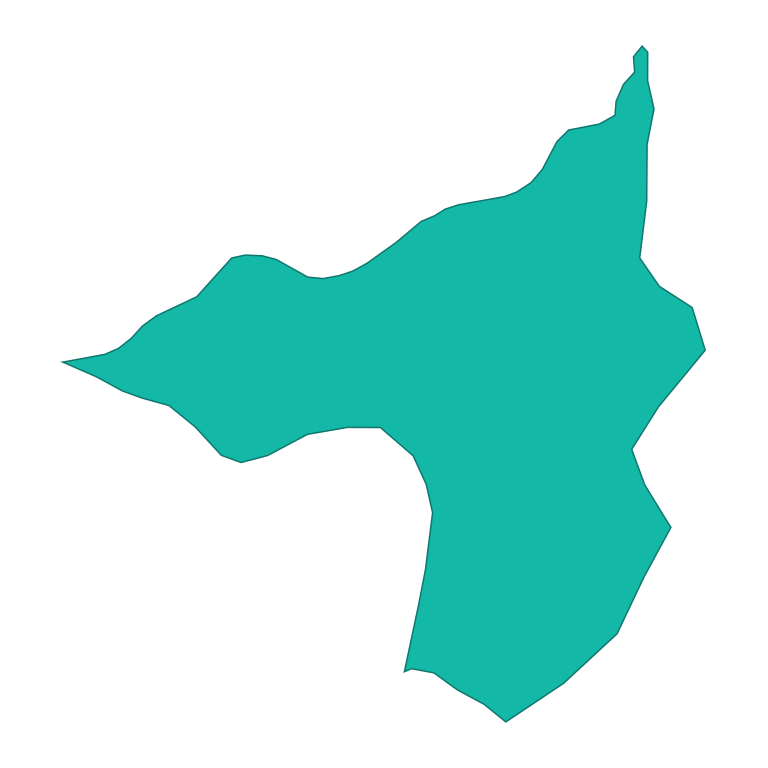 the district of Anju City, P'yŏngan-namdo, North Korea
{"feature_id": "82179303B77985943192226", "entity_name": "Anju City", "entity_type": "district", "adm_level": 2, "iso_a3": "PRK", "parent_name": "North Korea", "parent_adm1": "P'yŏngan-namdo", "projection": "albers", "projection_center": [125.736, 39.589], "detail": "fine", "context": "isolated", "style": "filled", "palette": "teal", "viewbox_px": 768, "rotation_deg": 0, "n_neighbors": 0, "source": "geoboundaries", "source_scale": "gbopen_adm2", "svg_char_len": 1023}
<svg xmlns="http://www.w3.org/2000/svg" viewBox="0 0 768 768"><path d="M642.1,46.1L633.5,56.7L634.6,72.1L623.4,84.5L616.1,101.4L615.0,115.3L599.2,124.1L568.7,130.0L556.9,141.7L542.3,169.5L531.0,182.7L516.4,192.2L504.5,196.6L474.7,201.9L458.9,204.7L445.3,209.1L434.7,215.7L421.1,221.5L395.8,242.7L367.1,263.2L352.3,271.3L338.8,275.7L323.0,278.6L307.8,277.1L276.2,259.5L262.2,255.8L245.2,255.1L231.7,258.0L196.7,296.8L156.6,315.7L142.5,326.0L131.2,338.4L118.2,348.6L104.7,354.4L62.8,362.1L96.4,376.8L122.7,391.1L142.5,398.2L168.9,405.5L195.1,426.8L221.3,455.3L241.1,462.5L267.6,455.5L307.5,434.3L347.3,427.4L380.4,427.5L413.2,455.9L426.2,484.3L432.6,512.7L425.5,569.4L418.6,604.9L404.4,671.7L411.5,668.7L433.7,672.8L457.7,690.1L484.1,704.3L505.8,721.9L563.7,683.2L617.1,633.7L644.0,577.0L670.9,527.4L665.2,518.3L644.7,484.8L631.7,449.3L658.5,406.8L705.2,350.2L692.2,307.6L659.3,286.3L639.7,257.9L646.7,201.2L647.1,144.4L654.0,109.0L647.6,80.6L647.7,52.2L642.1,46.1Z" fill="#14b8a6" stroke="#0f766e" stroke-width="1.5"/></svg>